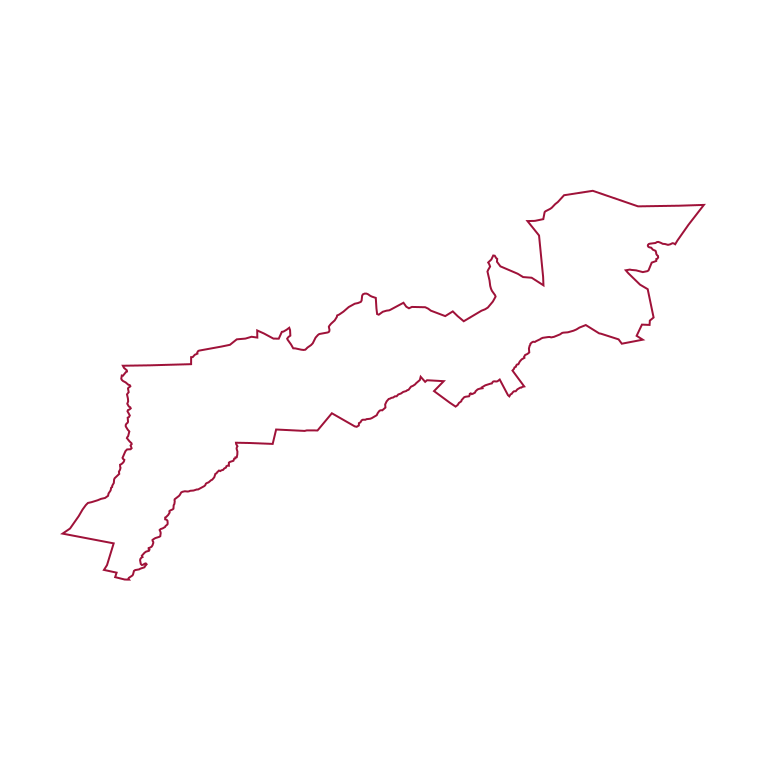 outline of Ainabkoi, Rift Valley, Kenya, rotated 267°
{"feature_id": "3690345B95414198105650", "entity_name": "Ainabkoi", "entity_type": "district", "adm_level": 2, "iso_a3": "KEN", "parent_name": "Kenya", "parent_adm1": "Rift Valley", "projection": "robinson", "projection_center": [35.44, 0.313], "detail": "fine", "context": "isolated", "style": "outline", "palette": "rose", "viewbox_px": 768, "rotation_deg": 267, "n_neighbors": 0, "source": "geoboundaries", "source_scale": "gbopen_adm2", "svg_char_len": 6154}
<svg xmlns="http://www.w3.org/2000/svg" viewBox="0 0 768 768"><g transform="rotate(267 384 384)"><path d="M415.9,124.2L413.7,125.2L411.1,127.9L409.9,128.0L409.5,127.0L405.9,123.7L406.2,122.6L403.0,121.9L401.8,122.4L400.6,123.6L399.1,126.1L396.6,128.7L396.2,130.0L395.1,130.6L394.4,129.9L393.7,128.6L392.8,128.1L389.2,128.6L387.1,126.8L383.0,127.5L380.1,127.6L377.7,126.6L374.9,128.0L374.0,129.4L372.9,129.8L371.9,128.5L371.3,126.9L370.2,126.4L365.9,128.5L364.4,127.6L363.8,126.3L359.7,126.4L358.8,126.0L357.8,124.7L356.5,123.9L355.1,123.9L351.8,125.7L349.9,127.2L345.2,125.7L344.4,124.9L343.4,124.4L340.1,126.8L338.1,128.7L337.2,128.9L335.9,127.7L333.1,128.6L332.1,127.5L332.1,124.0L330.5,122.3L323.9,119.0L322.6,119.7L321.9,120.7L320.7,120.4L319.4,119.6L317.9,117.8L317.2,116.2L315.0,116.2L314.1,116.5L312.2,115.9L310.3,114.7L308.1,114.9L304.0,110.1L302.8,109.5L299.3,109.0L296.7,107.3L295.3,107.1L294.7,106.1L292.0,105.4L289.1,103.2L286.8,102.6L284.8,99.5L284.1,95.4L282.9,92.0L281.3,85.7L280.7,82.1L278.7,79.9L274.4,76.4L268.0,72.2L256.1,62.9L251.4,55.2L239.0,105.7L217.6,97.9L213.0,94.6L209.6,107.1L205.2,105.4L202.3,114.9L202.0,119.1L202.9,118.5L203.7,119.0L206.0,122.8L206.9,123.4L210.4,124.5L211.2,125.8L211.7,129.8L212.3,130.9L213.5,135.2L214.3,135.6L216.4,137.5L217.3,136.7L217.0,135.4L216.2,134.2L215.9,132.7L217.0,131.7L220.8,131.2L222.1,131.6L223.3,132.7L223.8,133.8L225.2,133.2L228.0,136.0L229.1,137.7L229.7,140.5L230.7,141.1L231.5,140.3L232.5,140.4L232.9,141.9L233.7,143.4L234.9,144.3L237.4,145.3L238.4,145.3L239.2,144.8L240.3,144.6L241.1,145.7L242.1,147.6L243.1,151.5L243.7,152.6L246.9,153.2L248.1,153.0L249.9,152.3L250.8,153.3L251.4,155.4L252.7,157.9L253.6,158.4L255.1,160.4L256.4,160.7L258.8,160.6L259.8,159.8L260.3,158.4L262.1,158.5L262.6,159.5L264.5,161.6L266.8,163.2L268.2,163.0L268.9,163.9L269.8,166.3L270.5,167.2L273.9,167.6L275.2,168.4L278.0,168.9L279.0,168.7L279.9,169.0L282.9,173.3L283.8,174.2L286.3,175.8L286.9,177.1L287.3,179.5L286.9,182.3L287.0,183.5L287.5,184.9L287.6,188.3L288.5,191.6L288.4,192.8L291.5,199.3L292.3,200.2L293.8,200.9L294.5,202.2L294.9,203.6L297.0,206.3L297.4,207.4L299.7,209.6L303.1,210.9L303.6,212.1L304.5,212.7L306.2,214.7L305.6,215.9L306.3,217.1L306.7,218.9L307.9,219.9L308.9,221.9L310.1,222.3L310.7,223.6L310.5,224.8L313.6,225.0L314.3,226.2L315.2,229.6L317.3,230.5L317.5,231.7L318.5,231.8L318.6,233.1L321.1,233.8L324.2,234.1L327.1,233.4L328.5,233.7L329.5,234.4L331.8,233.2L333.1,233.1L332.1,246.9L330.0,269.7L344.2,273.9L341.3,302.3L341.7,304.4L341.1,315.2L357.5,330.4L343.2,352.6L342.7,354.5L343.9,356.7L346.2,356.9L346.9,358.4L348.9,359.8L349.4,360.9L349.3,363.7L349.8,364.6L350.0,368.3L350.5,369.9L353.2,375.1L355.1,376.1L357.0,377.6L357.7,378.5L358.0,379.8L357.8,380.9L360.4,384.2L363.5,384.1L366.5,385.7L368.8,387.9L369.1,389.3L369.8,390.7L370.0,392.4L371.1,394.2L371.1,396.0L372.8,397.7L373.6,400.4L375.1,402.8L375.8,405.8L376.6,406.9L376.9,408.2L379.9,410.8L380.7,412.9L382.0,415.1L383.0,416.0L386.1,420.0L389.3,421.0L384.0,425.2L385.5,427.2L383.7,443.8L374.3,433.6L361.9,448.7L357.7,454.3L359.1,456.4L361.2,457.9L362.6,460.2L363.9,460.7L366.6,463.4L367.0,464.8L367.3,468.3L368.3,468.9L369.7,469.2L370.1,470.2L369.3,471.1L369.7,472.5L370.7,474.5L371.9,475.0L373.7,477.2L374.3,479.2L374.6,482.0L375.5,481.5L377.4,485.1L378.8,490.5L378.9,491.7L380.0,492.4L380.8,493.3L380.9,494.9L380.6,496.0L380.8,497.5L382.4,499.8L366.4,507.2L365.1,508.5L367.0,509.8L367.5,511.0L369.0,512.2L369.9,513.4L369.9,515.2L371.7,516.9L373.3,520.0L373.2,521.0L373.9,522.0L374.2,523.9L390.7,513.0L392.2,514.5L393.7,515.2L394.4,516.7L395.6,517.0L396.5,517.9L396.7,519.2L399.4,520.8L400.5,521.9L401.4,522.8L402.8,525.6L403.8,525.3L405.6,526.5L406.5,528.8L407.9,530.7L411.9,530.6L414.7,531.5L415.6,532.2L416.5,532.3L417.7,533.7L418.4,535.2L418.1,536.9L418.8,538.1L420.5,542.2L421.2,543.3L421.8,544.9L422.3,550.3L422.3,551.9L421.8,553.4L422.2,556.2L424.3,562.3L425.7,564.6L425.9,566.0L426.0,570.3L427.3,576.0L428.4,579.0L430.1,582.1L432.3,588.6L423.3,601.5L422.9,603.2L416.3,620.6L411.8,623.6L414.7,644.7L418.9,638.8L429.8,644.7L429.1,652.3L433.4,652.8L436.3,656.7L464.9,652.3L469.8,644.9L481.8,633.8L484.9,631.4L485.4,635.5L485.0,636.9L484.3,641.7L482.2,648.3L482.9,652.9L483.6,654.1L491.2,657.7L492.6,662.3L494.6,662.5L494.8,663.5L496.0,664.4L497.5,664.3L498.5,663.3L499.7,662.7L501.3,662.6L502.8,662.1L504.1,659.5L506.1,658.0L506.7,655.9L507.3,655.1L508.2,654.7L509.1,654.9L509.9,655.7L510.2,656.8L510.6,662.4L511.5,664.2L511.5,665.5L510.6,667.6L509.4,669.7L509.1,671.9L508.1,674.9L508.5,677.1L509.5,679.4L509.2,680.8L508.3,682.1L511.9,684.5L527.1,696.4L546.1,712.8L546.6,688.2L548.1,647.0L566.0,602.6L563.1,573.7L556.6,567.1L554.7,564.4L551.2,560.7L550.2,559.1L548.0,554.2L547.2,553.4L540.3,551.7L539.0,543.2L539.2,535.8L524.2,546.6L482.7,548.5L474.2,548.4L482.4,537.0L483.5,528.5L487.1,523.3L495.4,506.4L500.2,503.2L503.0,503.6L504.0,502.5L506.3,501.3L506.6,499.8L502.7,497.7L499.9,494.4L498.0,495.4L495.7,496.1L492.7,494.1L490.9,493.2L481.9,494.8L476.4,495.2L473.7,495.8L471.5,496.6L466.8,499.6L465.4,500.0L460.6,497.0L454.9,491.7L453.3,488.8L452.1,485.2L442.5,466.9L447.9,461.1L452.9,456.5L448.6,448.7L454.8,434.6L456.9,432.1L458.5,429.2L459.5,415.9L458.3,412.9L460.0,410.3L464.1,407.7L457.8,394.3L457.3,393.0L457.1,390.4L456.2,386.6L453.5,382.4L454.2,380.8L459.9,380.4L470.4,380.3L471.9,376.5L472.7,375.0L474.5,372.7L475.2,371.2L475.3,369.4L474.6,367.6L473.3,366.8L468.5,366.0L467.2,365.1L466.2,362.2L465.7,359.0L462.7,352.8L458.4,347.3L455.7,342.9L454.9,340.8L453.4,340.4L450.1,338.1L446.9,334.2L445.0,332.5L444.0,331.9L440.9,332.4L439.5,332.1L438.8,331.5L438.4,330.5L437.3,322.0L436.5,320.7L433.9,318.1L428.4,315.0L426.7,313.2L424.4,309.5L422.4,307.3L422.2,305.5L422.6,303.2L424.2,297.3L424.4,295.2L428.4,293.2L433.4,290.0L434.4,289.7L436.0,291.1L437.2,293.0L442.8,293.0L445.1,292.3L443.3,289.6L441.6,286.3L441.4,284.7L434.8,281.3L435.1,276.0L440.7,266.8L444.1,260.2L437.0,259.9L438.1,254.2L436.6,248.0L436.3,239.3L431.2,232.2L429.9,223.7L427.0,201.0L426.5,200.0L425.1,199.1L424.1,199.3L423.1,196.6L420.9,194.4L420.9,192.8L413.9,192.4L414.9,151.3L415.9,124.2Z" fill="none" stroke="#9f1239" stroke-width="2"/></g></svg>